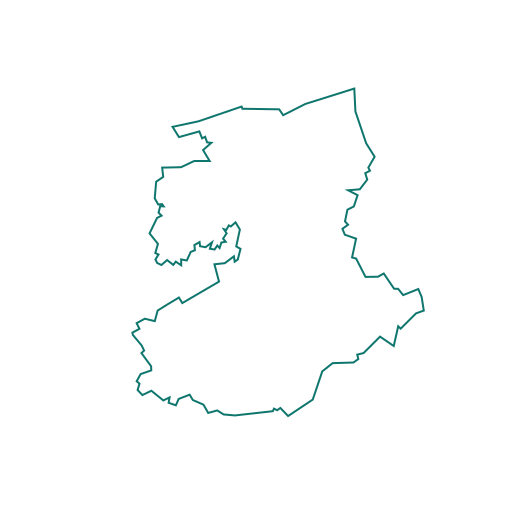 the district of Cotabato, Cotabato, Philippines, rotated 59°
{"feature_id": "2640588B30235147478886", "entity_name": "Cotabato", "entity_type": "district", "adm_level": 2, "iso_a3": "PHL", "parent_name": "Philippines", "parent_adm1": "Cotabato", "projection": "natural_earth1", "projection_center": [124.836, 7.183], "detail": "medium", "context": "isolated", "style": "outline", "palette": "teal", "viewbox_px": 512, "rotation_deg": 59, "n_neighbors": 0, "source": "geoboundaries", "source_scale": "gbopen_adm2", "svg_char_len": 1963}
<svg xmlns="http://www.w3.org/2000/svg" viewBox="0 0 512 512"><g transform="rotate(59 256 256)"><path d="M252.3,132.7L247.8,121.3L241.3,119.7L241.6,114.4L238.1,114.2L232.0,103.2L216.0,103.5L183.2,96.3L163.1,85.5L151.1,135.3L149.3,160.2L142.2,160.6L122.8,191.8L120.5,191.4L110.9,236.0L102.3,261.0L114.4,260.8L120.0,240.4L127.4,241.6L127.6,238.2L133.4,239.4L136.0,236.0L137.9,246.8L150.7,246.8L142.7,260.1L141.3,274.5L131.9,290.9L140.4,294.8L140.9,303.3L154.4,313.1L161.5,313.3L163.1,309.8L165.9,309.6L164.0,312.5L168.7,317.2L172.8,316.2L172.4,321.2L181.8,335.6L195.1,333.8L201.6,340.8L204.5,338.8L207.2,344.0L211.1,344.3L215.0,341.7L213.7,334.3L221.0,331.5L219.5,327.7L225.4,324.9L220.4,321.9L224.2,317.6L218.9,309.9L219.6,305.4L214.9,303.2L215.0,297.2L218.8,298.9L222.5,294.7L221.6,286.7L226.0,291.8L229.1,288.2L227.1,283.8L230.4,283.1L226.6,278.7L228.2,274.6L224.2,275.3L221.4,269.5L216.5,269.7L218.3,268.1L215.8,263.5L217.7,262.4L216.6,256.2L225.0,256.2L237.6,268.0L241.9,265.6L249.6,273.4L249.9,277.2L244.9,275.1L246.1,286.4L241.7,295.9L258.9,300.9L258.4,343.4L251.9,343.5L251.9,357.1L252.1,368.4L259.7,376.3L252.5,383.6L252.1,392.9L258.4,393.4L258.0,401.4L260.3,402.2L273.7,400.1L279.4,400.6L280.2,404.2L296.5,402.7L300.1,404.7L297.8,415.7L301.9,422.8L305.4,421.6L309.9,426.5L316.7,425.0L317.6,415.1L332.1,409.8L332.7,402.9L336.8,406.5L342.7,401.6L338.7,395.9L340.7,384.3L346.9,384.3L356.4,377.6L365.9,377.8L368.4,368.8L375.2,365.3L381.8,356.2L397.7,321.5L396.1,319.2L399.1,317.3L398.8,313.4L409.7,310.9L408.3,281.3L389.0,258.6L387.3,245.5L397.5,227.3L397.0,221.4L392.7,220.0L394.6,213.8L389.0,191.2L404.1,184.3L389.5,170.3L392.8,169.4L387.6,148.4L389.2,140.3L376.4,135.1L367.9,133.9L365.3,150.0L357.3,151.1L355.2,154.5L336.8,155.5L336.6,162.1L330.3,172.9L309.8,171.5L306.7,174.4L292.7,161.3L283.5,168.9L277.2,167.9L276.6,161.0L272.2,161.9L263.4,153.8L263.9,146.6L256.2,137.6L247.1,143.2L252.3,132.7Z" fill="none" stroke="#0f766e" stroke-width="2"/></g></svg>